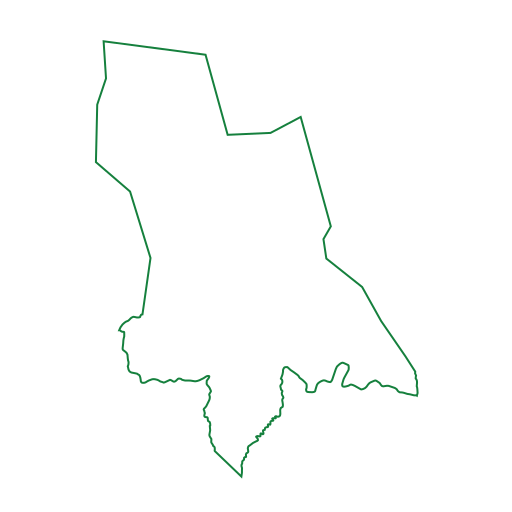 Santa Barbara, Santa Bárbara, Honduras (Mercator projection), rotated 268°
{"feature_id": "27666195B27779659720993", "entity_name": "Santa Barbara", "entity_type": "district", "adm_level": 2, "iso_a3": "HND", "parent_name": "Honduras", "parent_adm1": "Santa Bárbara", "projection": "mercator", "projection_center": [-88.269, 14.907], "detail": "fine", "context": "isolated", "style": "outline", "palette": "green", "viewbox_px": 512, "rotation_deg": 268, "n_neighbors": 0, "source": "geoboundaries", "source_scale": "gbopen_adm2", "svg_char_len": 5997}
<svg xmlns="http://www.w3.org/2000/svg" viewBox="0 0 512 512"><g transform="rotate(268 256 256)"><path d="M475.9,111.2L438.7,112.3L412.8,102.6L355.4,99.3L324.8,132.4L257.7,150.5L201.6,140.5L201.5,139.7L201.2,139.1L200.2,138.4L199.2,138.1L199.0,137.9L198.8,137.4L198.7,136.3L198.7,134.9L199.3,132.6L199.5,131.3L199.2,130.4L198.6,129.3L198.0,128.5L196.8,127.3L195.9,126.2L195.5,125.5L195.1,124.2L194.7,123.4L193.9,122.2L192.2,120.2L189.6,118.2L188.3,117.5L186.6,116.7L186.6,117.0L186.3,117.6L185.5,118.6L185.0,119.5L184.9,120.3L184.8,121.2L184.6,121.5L184.3,121.6L182.5,121.6L180.3,121.5L178.2,120.9L176.2,120.5L173.2,120.2L168.5,119.5L167.8,119.5L167.2,119.6L166.6,120.0L165.2,121.7L163.8,123.2L161.9,124.1L158.0,124.3L156.1,124.5L154.6,124.9L153.7,124.9L152.1,124.7L151.1,124.4L150.3,124.0L150.0,124.1L147.1,124.6L145.9,125.1L145.0,125.7L144.4,126.5L143.9,127.4L142.9,131.7L142.5,133.1L141.7,134.1L141.1,135.1L140.3,135.6L138.7,136.1L136.7,136.4L135.1,136.5L134.4,136.7L133.9,137.0L133.5,137.4L133.3,138.0L133.2,138.8L133.2,139.8L133.5,141.1L133.8,141.7L134.3,142.5L135.3,144.5L136.3,147.5L136.5,148.4L136.5,149.3L136.4,150.6L135.7,153.1L135.1,154.3L133.9,156.1L133.4,157.7L132.7,159.4L133.0,160.5L135.2,165.7L135.1,166.2L134.8,166.9L133.9,168.3L133.4,169.1L133.3,169.7L133.3,170.2L133.8,171.3L135.9,173.7L136.1,174.1L136.2,174.6L136.1,175.6L135.8,176.6L135.6,177.0L135.1,177.5L134.9,177.8L134.5,179.0L134.0,180.9L133.8,186.0L133.0,190.1L132.9,191.2L133.2,193.1L133.8,195.1L135.7,199.3L137.5,202.3L137.8,203.8L137.7,204.5L137.5,205.0L137.0,205.1L136.1,204.7L135.4,204.3L133.4,202.7L132.9,202.4L130.2,202.2L129.7,202.3L129.1,202.6L128.0,203.4L126.8,204.4L126.0,204.9L123.6,205.9L122.7,206.2L122.2,206.2L121.7,205.9L119.8,204.6L119.4,204.5L119.0,204.4L117.2,204.9L116.2,204.9L114.9,204.7L113.5,204.2L107.7,201.1L106.5,200.1L105.2,198.7L104.6,198.4L103.9,198.5L103.2,198.9L102.2,199.0L100.8,199.4L100.4,199.3L100.0,199.1L99.3,199.0L98.6,198.8L98.0,198.8L97.5,198.9L97.2,199.1L96.9,199.5L96.7,200.3L96.6,201.4L96.2,201.9L95.6,202.1L94.3,202.1L92.9,202.3L92.5,202.8L91.7,203.9L90.4,204.3L88.6,204.4L88.1,204.3L87.8,203.9L87.5,203.9L84.2,204.1L83.3,204.1L79.2,203.2L78.3,203.2L77.8,203.3L77.1,203.6L74.6,205.0L71.9,204.8L71.4,204.8L70.3,205.3L69.0,206.2L67.8,206.5L66.9,207.6L66.1,208.0L64.4,208.1L63.2,207.9L62.5,208.0L36.1,233.7L40.0,234.4L42.7,234.5L43.6,234.6L44.7,234.6L46.4,234.2L47.3,234.2L48.2,234.4L48.9,234.9L51.2,235.1L51.5,235.3L52.9,236.9L53.9,237.0L54.6,237.0L54.8,237.1L55.3,237.7L55.4,238.1L55.4,238.7L55.6,239.0L55.9,239.1L56.8,239.0L58.0,239.0L58.7,239.3L59.1,239.5L59.8,240.8L60.4,241.3L60.7,241.4L61.3,241.4L64.2,241.1L65.2,241.4L65.9,241.7L66.3,242.1L67.0,243.3L69.3,246.5L70.8,249.7L71.1,250.6L71.6,251.3L71.8,251.5L72.2,251.5L73.1,251.4L73.6,251.1L75.2,249.9L75.5,249.9L75.8,250.4L76.0,251.3L75.6,253.4L75.7,254.0L76.0,254.2L78.1,254.3L78.4,254.4L78.5,254.5L78.5,254.8L78.4,255.2L77.9,256.0L77.7,256.4L77.7,256.8L77.9,257.1L78.1,257.2L78.6,257.3L80.6,256.9L81.1,256.9L81.5,257.0L81.7,257.4L81.9,258.3L82.0,258.7L83.6,259.0L84.1,259.3L84.6,260.7L84.6,261.6L84.8,262.0L85.2,262.2L86.7,261.9L87.0,262.0L87.3,262.2L87.4,262.7L87.0,264.0L87.0,264.3L87.7,264.6L89.2,264.6L89.8,264.6L90.3,265.1L90.7,265.6L90.7,267.0L90.8,267.3L91.0,267.5L91.6,267.3L92.6,266.7L92.9,266.6L93.1,266.8L93.3,267.3L93.1,269.6L93.1,269.8L93.2,270.0L93.4,270.1L93.7,270.0L94.4,269.6L94.8,269.5L95.0,269.8L95.1,270.1L95.2,270.4L94.7,271.7L94.6,272.4L94.7,272.8L94.8,273.4L95.1,273.8L95.4,274.2L95.9,274.5L97.3,274.8L101.2,274.8L102.4,275.1L103.2,275.5L104.0,276.7L104.2,277.2L104.4,277.4L104.7,277.5L106.1,277.7L107.5,277.6L109.3,277.4L110.4,277.2L111.2,277.2L112.0,277.4L113.0,278.2L113.4,278.4L114.4,278.2L114.9,278.0L116.0,277.3L117.3,277.0L118.2,277.0L118.8,277.2L119.6,277.6L120.2,277.6L120.5,277.5L121.5,276.4L123.3,276.1L124.7,275.8L125.3,275.8L125.8,276.0L126.2,276.2L126.8,276.9L128.4,277.8L129.0,277.9L130.1,278.0L131.5,277.6L132.5,276.6L135.8,278.0L136.9,278.4L139.6,279.0L140.7,279.0L141.6,279.2L142.9,279.9L143.5,280.4L143.7,280.7L143.9,281.7L143.9,282.8L143.9,283.3L143.6,283.8L140.9,286.5L138.5,289.8L135.8,293.2L134.7,294.3L133.3,295.0L132.6,295.5L131.9,296.4L130.4,298.3L127.8,300.8L126.4,301.9L126.0,302.0L125.5,302.1L124.2,302.1L122.9,302.0L122.3,301.9L121.0,301.4L119.7,301.5L119.2,301.7L118.8,302.0L118.5,302.4L118.3,303.1L118.1,304.7L117.9,307.6L118.1,309.1L118.6,310.1L118.9,310.3L119.2,310.5L120.7,310.9L123.7,311.9L125.0,312.4L125.8,312.9L126.7,313.7L127.5,314.8L128.2,316.0L128.8,317.3L129.3,318.8L129.3,319.9L129.0,321.1L128.1,322.9L127.6,324.6L127.4,325.7L127.5,326.1L127.7,326.4L128.5,327.1L129.6,327.8L140.2,331.8L142.2,332.8L142.9,333.3L143.5,334.0L144.7,335.4L145.6,336.7L146.1,337.8L146.3,338.4L146.3,338.9L146.2,339.4L145.9,340.1L144.5,342.9L143.7,344.4L143.4,344.6L143.0,344.7L141.4,344.8L139.7,344.7L138.7,344.4L131.3,340.0L129.7,339.2L127.0,338.3L125.1,337.7L124.2,337.6L123.6,337.7L123.1,337.8L122.8,338.1L122.5,338.5L122.4,339.0L122.3,339.6L122.5,341.3L123.1,343.8L123.3,344.3L123.8,345.1L124.0,345.6L124.2,346.3L124.1,347.0L123.6,348.5L122.7,350.3L119.2,356.0L119.0,356.5L119.1,357.3L119.3,358.3L119.7,359.3L120.1,360.2L120.7,361.0L121.6,362.0L123.7,363.6L125.0,364.9L125.2,365.2L125.8,366.3L127.2,369.9L127.4,370.7L127.4,371.2L127.2,371.7L126.7,372.5L124.8,375.1L124.1,375.6L123.0,376.2L121.8,377.2L121.6,377.6L121.3,378.6L121.7,382.0L121.7,383.3L121.5,384.3L119.4,389.8L119.0,390.6L117.9,392.0L116.5,392.8L115.8,393.4L115.1,394.3L114.8,394.8L114.7,395.4L114.6,396.7L114.4,397.9L114.1,399.0L112.9,402.4L112.4,405.1L111.3,408.9L111.2,409.8L111.2,411.2L111.0,411.6L110.8,411.9L111.7,412.1L112.6,412.5L113.6,412.7L117.4,412.6L119.3,412.4L120.2,412.1L123.7,412.5L125.0,412.5L125.8,412.4L126.5,412.2L127.2,411.9L127.8,411.4L128.1,411.3L129.7,411.5L130.9,411.8L133.1,410.9L134.9,411.1L150.4,401.9L186.6,378.8L221.3,361.0L251.0,326.2L270.5,324.0L283.0,331.8L393.4,305.5L378.5,274.8L378.1,231.9L458.9,212.6L475.9,111.2Z" fill="none" stroke="#15803d" stroke-width="2"/></g></svg>